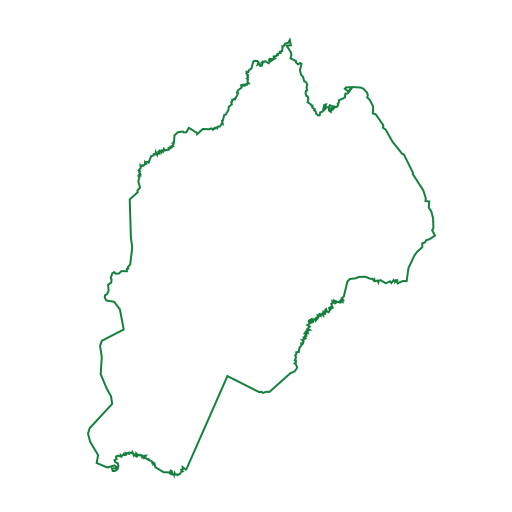 the district of Mamberamo Raya, Papua, Indonesia, rotated 86°
{"feature_id": "22746128B39960960221771", "entity_name": "Mamberamo Raya", "entity_type": "district", "adm_level": 2, "iso_a3": "IDN", "parent_name": "Indonesia", "parent_adm1": "Papua", "projection": "orthographic", "projection_center": [137.649, -2.444], "detail": "fine", "context": "isolated", "style": "outline", "palette": "green", "viewbox_px": 512, "rotation_deg": 86, "n_neighbors": 0, "source": "geoboundaries", "source_scale": "gbopen_adm2", "svg_char_len": 6058}
<svg xmlns="http://www.w3.org/2000/svg" viewBox="0 0 512 512"><g transform="rotate(86 256 256)"><path d="M291.6,107.5L278.6,104.7L266.5,97.9L262.7,94.7L258.8,89.5L254.8,89.2L254.3,86.5L252.1,85.1L251.4,81.7L248.1,76.0L242.6,78.5L240.5,77.1L230.9,76.7L223.7,78.0L219.8,80.3L213.7,79.4L213.0,83.1L210.1,82.6L202.3,84.5L185.2,93.9L184.0,93.6L165.0,101.4L164.5,102.9L151.3,112.0L139.0,117.8L136.9,120.5L134.6,119.8L123.0,126.7L122.0,129.5L115.1,128.7L108.1,131.7L105.5,134.0L103.1,133.2L100.7,134.0L96.6,137.2L95.3,139.7L94.2,147.9L100.2,153.1L100.4,155.5L104.2,156.4L106.5,162.5L108.8,162.7L109.9,163.9L111.4,163.5L113.0,165.1L113.2,167.6L115.1,168.8L116.0,170.9L117.4,171.3L116.0,173.1L112.6,172.9L112.6,175.0L116.6,179.5L117.2,181.9L120.1,182.7L120.0,184.4L118.4,185.9L115.5,186.6L114.8,187.8L113.7,187.1L111.9,189.5L109.9,189.2L109.9,190.2L108.4,190.9L106.2,193.8L103.9,192.9L100.5,193.2L99.8,194.7L96.6,195.2L94.8,194.6L94.4,193.5L91.2,193.8L88.6,192.9L85.8,194.1L85.1,195.7L80.7,196.6L78.0,198.5L73.8,199.2L67.4,197.2L66.6,198.5L67.8,200.6L65.7,202.6L64.3,202.5L61.3,207.8L58.0,206.7L55.1,207.0L48.4,210.8L48.2,206.5L42.8,207.2L45.6,209.0L46.2,212.1L48.7,213.9L48.5,215.0L53.2,215.5L53.8,217.8L55.0,217.2L55.8,220.3L57.0,220.2L56.8,221.0L57.8,221.5L58.2,224.5L59.0,224.4L58.6,223.4L59.7,224.2L60.2,223.3L62.3,227.1L60.6,226.7L60.3,228.7L61.5,229.4L62.7,228.6L64.6,229.9L62.3,233.3L63.1,234.9L62.5,235.6L63.6,236.8L64.3,236.1L66.5,236.9L66.7,238.5L64.6,238.9L65.4,241.1L62.6,240.0L61.6,241.0L61.2,244.3L62.2,245.3L68.5,247.4L70.3,250.1L72.0,250.9L71.5,252.6L73.3,252.8L75.1,251.3L75.8,252.1L77.1,251.4L78.4,252.7L79.2,251.7L81.6,252.4L83.3,251.1L83.6,253.5L84.6,253.4L84.3,255.4L85.4,255.6L85.1,256.8L84.2,256.8L84.6,259.0L86.9,258.5L89.7,262.6L91.7,263.6L92.1,262.6L93.8,263.2L97.4,265.5L97.6,266.5L98.3,266.2L98.5,268.8L100.4,269.1L100.8,270.0L103.0,269.5L105.2,272.7L108.6,273.4L112.8,276.4L113.2,277.9L118.6,279.6L118.8,280.4L121.8,280.0L121.2,280.7L124.3,282.9L124.3,285.1L125.6,285.6L125.0,286.0L126.4,289.0L125.6,288.6L125.8,289.2L126.9,290.2L125.6,291.5L126.3,294.2L125.6,300.2L130.4,306.3L129.0,306.5L123.5,313.9L127.7,316.9L127.7,319.4L126.7,320.4L127.1,325.4L130.0,328.9L136.2,329.8L137.0,330.7L137.0,330.0L138.4,330.3L140.3,332.0L140.8,331.4L140.9,333.5L141.9,332.8L142.5,333.8L142.2,335.6L143.7,335.4L144.3,339.5L142.7,340.4L145.4,341.4L144.3,342.4L146.0,343.1L144.7,343.9L145.6,344.8L144.4,345.1L145.3,346.2L147.2,345.3L147.0,347.3L148.1,347.6L145.6,348.6L147.6,348.9L147.2,350.9L148.4,351.1L149.2,353.7L155.2,356.5L154.5,357.1L154.7,359.0L157.0,358.8L154.8,360.1L156.8,360.4L158.2,362.2L157.5,363.1L158.5,364.2L157.7,364.9L160.0,364.8L162.4,367.1L163.4,365.8L164.3,366.7L166.2,365.6L166.6,366.8L167.8,366.0L168.1,367.6L169.4,366.8L173.1,368.2L179.8,367.0L182.3,369.7L184.1,369.5L190.7,378.0L228.5,379.5L239.0,378.9L255.7,382.1L258.1,384.6L259.5,384.3L259.8,385.7L262.2,385.9L261.7,391.3L263.9,394.0L263.9,397.2L262.2,398.6L263.2,400.5L267.9,402.5L269.2,401.7L272.5,402.3L274.3,405.5L280.5,405.5L283.7,407.3L284.7,409.4L287.0,409.8L289.9,408.4L291.8,400.7L299.7,395.5L320.1,393.1L329.8,415.7L334.6,417.8L346.0,416.9L363.0,419.2L378.3,414.0L385.8,410.4L393.5,409.8L416.2,434.0L421.6,436.0L430.0,434.3L443.6,427.4L451.4,429.4L456.6,419.0L455.0,411.8L456.3,410.2L457.9,410.2L457.9,414.5L460.5,413.9L460.6,411.7L458.9,408.9L455.9,407.9L453.4,408.2L451.5,411.0L449.7,411.3L448.8,409.2L446.3,409.6L445.5,407.6L446.7,404.7L445.6,404.7L446.5,404.0L444.3,401.9L445.4,401.2L445.3,399.7L443.4,399.9L444.3,397.0L443.6,397.4L443.2,395.9L444.0,393.7L442.9,393.0L446.6,391.7L445.7,391.0L446.9,390.0L445.4,389.6L446.7,389.2L445.5,388.7L446.9,388.0L446.1,387.4L446.9,385.6L445.8,384.5L446.8,384.9L446.8,383.8L448.9,383.5L447.5,381.6L447.5,380.8L448.2,382.0L448.3,380.3L449.9,381.4L449.8,380.1L451.4,378.4L451.0,377.5L451.8,377.5L453.8,373.9L454.9,373.3L455.7,374.6L455.4,372.7L456.7,372.9L456.2,371.7L459.6,371.2L465.2,363.3L465.9,357.0L464.1,356.0L464.8,354.9L466.5,355.4L467.0,356.7L467.6,356.2L467.0,354.7L468.1,354.6L468.4,353.4L467.2,353.2L468.7,352.9L467.0,352.3L468.5,351.9L468.2,350.3L469.2,349.6L468.0,347.0L465.8,345.5L465.7,344.2L464.0,345.4L463.6,344.0L461.5,343.9L464.2,341.0L463.1,339.9L373.8,292.9L392.1,262.2L391.8,260.0L393.1,258.5L392.1,255.1L392.6,252.2L375.4,230.0L373.8,225.6L371.4,223.4L369.7,222.8L366.2,224.0L365.9,224.9L364.4,223.4L363.0,223.5L362.8,224.5L359.8,223.2L357.8,223.8L356.9,222.7L354.7,222.4L354.8,220.0L350.3,218.9L348.6,217.1L346.3,217.0L346.5,215.9L347.6,216.6L346.8,215.3L345.0,214.6L343.5,215.6L343.9,214.6L340.9,214.2L342.0,213.0L341.5,212.3L340.7,213.4L339.1,212.1L338.0,212.8L339.1,211.4L337.2,211.0L336.7,213.0L334.8,211.5L336.1,209.6L334.1,210.0L333.6,207.6L332.5,209.9L330.1,207.2L328.5,209.6L326.9,206.9L325.6,207.7L325.6,205.9L324.0,207.4L322.9,205.1L324.7,205.4L324.4,203.8L326.1,204.6L325.9,203.8L323.2,203.1L323.3,201.3L324.7,201.0L323.8,200.1L322.0,200.5L321.2,198.9L323.4,199.5L321.3,197.9L319.4,198.5L320.0,196.4L317.4,196.8L320.1,195.3L318.2,194.0L319.8,193.0L317.9,192.9L318.6,191.1L317.2,190.8L316.2,191.9L316.3,190.0L314.4,190.6L313.8,189.8L316.4,189.1L317.2,187.5L313.9,185.0L313.6,186.7L312.8,186.6L312.0,184.6L313.3,183.9L313.0,183.1L309.0,184.3L308.2,182.7L306.7,182.9L308.0,181.2L305.8,181.4L306.8,179.3L308.3,179.6L307.4,177.9L308.4,175.0L307.1,174.4L307.9,172.9L306.6,173.1L306.3,174.8L305.2,173.5L306.7,172.8L306.3,171.9L304.2,173.5L302.8,171.3L287.9,166.6L285.5,164.0L285.2,158.0L284.0,154.5L284.4,148.2L286.8,143.3L286.8,141.3L288.0,140.7L287.4,139.6L289.5,139.6L289.0,136.5L290.8,135.8L289.1,135.3L288.8,133.4L292.3,128.3L290.6,124.1L292.4,122.8L289.7,120.5L290.5,120.1L290.0,118.4L291.6,118.8L290.3,116.8L293.2,116.6L291.2,111.2L291.6,107.5ZM94.3,148.7L94.1,154.5L95.3,155.7L98.4,152.4L94.3,148.7ZM109.7,175.6L110.0,177.3L114.0,178.6L113.8,177.4L109.7,175.6ZM116.1,172.2L117.1,171.5L115.9,171.2L114.1,169.6L113.7,170.3L116.1,172.2ZM111.9,169.5L113.7,168.9L112.4,167.3L111.9,169.5ZM111.6,171.8L110.0,171.2L111.3,172.1L111.6,171.8Z" fill="none" stroke="#15803d" stroke-width="2"/></g></svg>